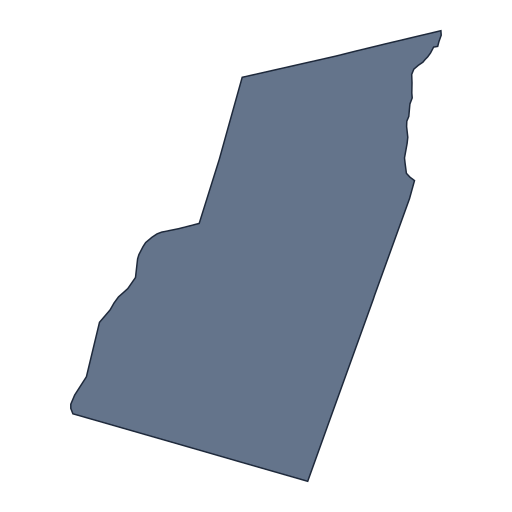 Baraúna, Rio Grande do Norte, Brazil (Mercator projection)
{"feature_id": "56859067B35096548847871", "entity_name": "Baraúna", "entity_type": "district", "adm_level": 2, "iso_a3": "BRA", "parent_name": "Brazil", "parent_adm1": "Rio Grande do Norte", "projection": "mercator", "projection_center": [-37.595, -5.082], "detail": "fine", "context": "isolated", "style": "filled", "palette": "slate", "viewbox_px": 512, "rotation_deg": 0, "n_neighbors": 0, "source": "geoboundaries", "source_scale": "gbopen_adm2", "svg_char_len": 894}
<svg xmlns="http://www.w3.org/2000/svg" viewBox="0 0 512 512"><path d="M242.2,77.3L230.5,119.1L229.6,122.3L219.3,159.3L199.2,223.4L178.6,228.7L161.7,232.1L157.0,233.9L151.9,237.3L145.7,242.5L143.1,246.5L138.9,254.6L137.6,258.9L135.5,277.5L127.8,288.6L118.5,296.9L114.1,302.9L110.1,309.9L99.5,322.3L86.4,376.8L74.7,395.0L70.8,404.2L70.8,408.4L72.9,413.8L92.1,419.3L193.1,448.3L241.2,462.2L307.7,481.3L331.7,414.5L368.1,313.6L373.3,299.2L374.5,295.5L409.5,198.7L414.5,180.6L410.0,177.2L406.4,173.3L405.0,162.6L404.5,157.9L407.1,143.5L407.8,137.3L406.6,126.6L406.8,121.2L408.8,116.4L409.9,104.0L412.2,97.9L411.8,93.0L412.0,82.9L411.7,74.4L413.8,69.2L418.3,65.3L422.9,62.2L425.1,59.5L427.6,57.0L430.5,53.0L433.6,47.1L437.7,46.4L438.9,41.7L441.2,35.2L440.9,30.7L415.2,36.8L384.9,44.0L377.6,45.8L357.3,50.7L335.8,56.1L298.3,64.6L242.2,77.3Z" fill="#64748b" stroke="#1e293b" stroke-width="1.5"/></svg>